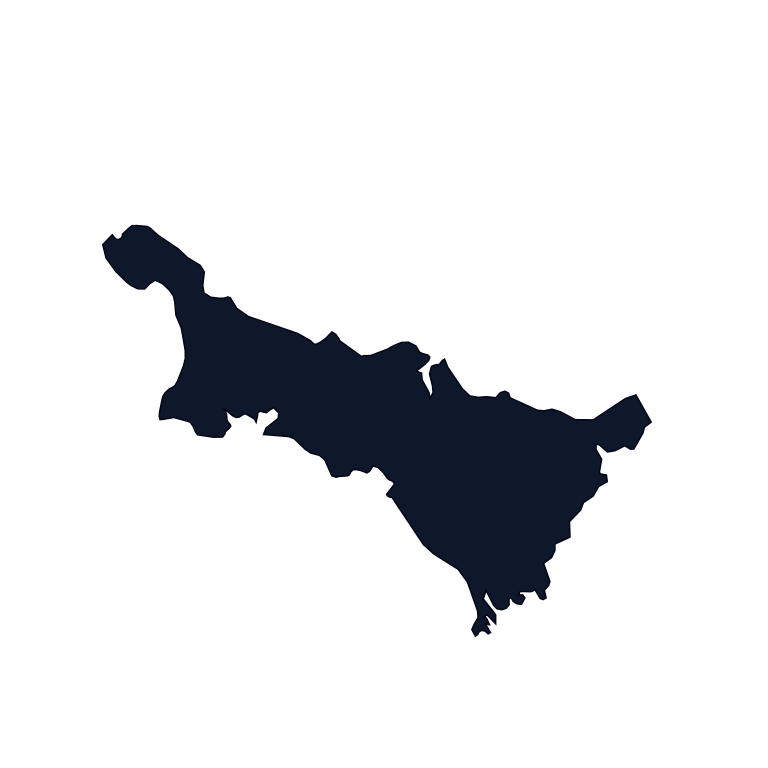 an SVG outline of Cornwall, rotated 59°
{"feature_id": "GBR-2110", "entity_name": "Cornwall", "entity_type": "Unitary Single-Tier County", "adm_level": 1, "iso_a3": "GBR", "parent_name": "United Kingdom", "parent_adm1": "", "projection": "robinson", "projection_center": [-4.862, 50.441], "detail": "fine", "context": "isolated", "style": "filled", "palette": "ink", "viewbox_px": 768, "rotation_deg": 59, "n_neighbors": 0, "source": "natural_earth", "source_scale": "10m", "svg_char_len": 3266}
<svg xmlns="http://www.w3.org/2000/svg" viewBox="0 0 768 768"><g transform="rotate(59 384 384)"><path d="M643.5,379.3L643.1,380.5L640.5,383.6L636.9,385.2L632.7,385.0L632.7,387.7L637.8,390.5L639.2,394.9L638.0,399.5L634.9,402.9L630.4,404.0L613.5,402.9L619.4,409.6L639.2,407.1L647.1,411.8L635.0,414.5L635.0,417.5L637.9,416.8L644.7,417.5L642.1,420.7L651.9,420.7L651.9,423.4L648.0,424.6L645.6,426.9L645.3,429.9L647.1,432.9L647.2,435.6L639.8,435.2L636.0,429.9L632.7,423.7L626.7,420.7L596.9,414.5L580.9,415.9L555.7,428.7L542.0,432.9L484.7,435.6L484.8,436.3L483.7,437.6L481.9,438.6L479.9,438.6L475.2,426.7L472.7,426.4L470.6,427.5L468.7,428.9L466.7,429.7L459.7,430.2L452.5,432.1L448.6,435.7L451.4,441.3L451.4,444.6L449.0,446.2L445.7,449.0L442.9,452.1L441.6,454.9L442.2,457.6L444.0,460.5L444.0,462.4L439.9,470.6L439.3,473.0L435.8,476.0L418.5,473.8L411.9,476.1L405.4,482.4L399.3,485.2L384.5,489.2L379.8,493.0L365.2,513.3L361.0,507.8L359.0,492.4L354.5,489.2L347.6,490.7L347.4,494.6L348.0,499.6L343.5,504.3L343.5,507.0L345.6,508.3L350.9,513.3L347.9,513.1L345.6,513.9L341.3,516.3L338.0,518.2L337.6,521.4L337.8,525.0L336.4,528.2L333.3,530.1L322.0,534.1L326.0,534.0L329.0,534.6L334.0,537.1L335.7,537.3L339.7,536.7L341.3,537.1L342.1,539.0L343.3,544.8L344.8,546.0L346.3,549.7L341.7,557.7L331.7,569.8L328.5,570.4L321.5,569.4L317.2,569.8L314.8,571.5L304.4,581.5L300.4,591.9L299.2,594.3L296.0,593.3L292.5,590.9L282.0,581.3L280.3,579.2L278.8,576.1L277.6,570.6L277.9,567.1L277.7,564.0L275.3,559.7L265.3,546.6L259.7,541.1L252.9,537.1L231.9,529.0L217.8,526.9L206.1,521.2L200.3,519.2L193.0,519.6L183.9,522.2L177.2,526.6L177.3,532.6L179.3,540.2L175.5,546.1L169.2,550.1L164.0,552.2L149.6,555.9L132.9,557.4L119.7,553.3L116.1,540.0L119.5,539.7L122.0,538.9L123.5,537.1L123.6,534.3L122.6,532.3L121.5,531.1L120.9,531.1L119.1,522.9L118.5,518.3L119.8,516.3L120.5,514.8L127.1,505.7L129.9,504.2L140.1,501.1L162.4,490.7L174.4,487.4L187.8,480.4L195.4,480.3L206.2,488.6L213.3,491.4L220.4,487.8L225.5,481.3L228.0,477.0L229.0,473.0L230.9,471.3L243.3,471.3L256.3,465.5L296.3,431.9L309.1,424.7L313.9,423.4L315.1,421.2L315.4,416.2L314.9,410.7L312.6,401.9L316.5,399.8L321.8,399.4L324.4,399.6L348.6,389.2L349.4,386.7L352.7,380.8L355.8,363.9L356.2,355.1L357.4,347.6L360.8,341.5L367.7,337.1L374.8,337.1L377.4,335.6L381.9,331.4L384.6,330.9L386.6,333.3L388.1,338.4L389.0,344.3L389.3,349.3L391.6,348.1L392.5,347.5L393.9,346.1L400.2,349.2L414.6,349.8L420.2,352.0L416.4,346.2L410.3,343.3L398.8,339.8L393.4,334.2L394.0,330.2L395.7,326.5L393.9,322.0L393.9,319.3L402.5,320.7L428.4,319.3L438.4,316.6L443.9,310.2L447.9,302.3L453.4,295.2L451.3,288.7L452.5,284.0L456.0,281.9L460.8,283.0L485.4,266.1L489.4,260.7L492.1,253.0L498.6,247.1L513.1,238.4L522.5,223.2L520.8,184.7L523.1,173.7L554.3,174.6L555.2,183.1L559.4,187.3L568.4,203.4L566.8,206.3L560.9,209.5L560.2,220.2L557.3,227.6L546.8,230.8L545.1,233.4L549.3,236.0L560.6,236.2L570.3,244.6L572.5,244.9L576.5,240.2L582.7,242.9L582.4,252.8L587.8,262.5L588.4,274.2L593.3,280.3L597.5,295.9L611.0,303.4L609.2,319.9L614.8,323.3L619.1,329.8L620.0,339.6L638.7,343.5L641.6,346.8L643.4,352.8L650.8,355.2L650.8,358.6L648.2,360.6L638.5,360.5L637.6,365.2L633.9,371.0L631.9,374.5L634.2,377.0L636.2,373.7L639.9,373.4L643.5,379.3Z" fill="#0f172a" stroke="#020617" stroke-width="1.5"/></g></svg>